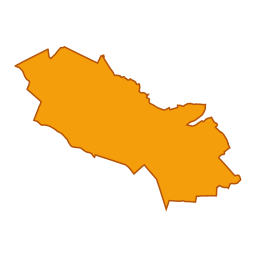 Targusor, Constanta, Romania (orthographic projection)
{"feature_id": "2599482B96571598729661", "entity_name": "Targusor", "entity_type": "district", "adm_level": 2, "iso_a3": "ROU", "parent_name": "Romania", "parent_adm1": "Constanta", "projection": "orthographic", "projection_center": [28.424, 44.465], "detail": "fine", "context": "isolated", "style": "filled", "palette": "amber", "viewbox_px": 256, "rotation_deg": 0, "n_neighbors": 0, "source": "geoboundaries", "source_scale": "gbopen_adm2", "svg_char_len": 5498}
<svg xmlns="http://www.w3.org/2000/svg" viewBox="0 0 256 256"><path d="M205.5,104.5L205.2,104.5L204.1,104.6L203.7,104.7L202.6,104.6L201.6,104.3L201.4,104.4L200.0,104.3L199.4,104.2L197.3,104.2L196.3,104.0L195.0,104.2L194.4,104.3L193.4,104.3L192.1,103.9L191.4,103.8L191.1,103.7L190.8,103.6L190.5,103.4L190.3,103.4L190.0,103.5L189.4,103.6L188.8,103.7L188.2,103.6L187.9,103.7L187.5,103.8L187.2,103.9L185.8,104.7L185.3,104.9L184.7,105.3L184.4,105.4L183.8,106.0L183.3,106.3L182.8,106.3L182.4,106.1L181.9,106.0L181.4,105.7L181.1,105.6L180.0,105.4L179.4,105.3L178.9,105.3L178.3,105.4L178.0,105.4L177.8,105.4L177.6,105.3L177.6,107.5L170.0,109.7L169.2,107.7L167.7,108.5L167.0,108.9L165.0,109.9L164.7,109.9L164.3,109.9L163.5,109.9L162.7,109.7L162.0,109.3L161.4,109.0L160.8,109.0L159.6,108.4L158.8,108.3L158.4,108.1L157.6,107.6L157.1,107.3L156.1,106.9L155.5,106.5L153.1,104.9L151.0,103.9L150.5,103.8L149.7,103.3L149.6,103.1L149.4,102.5L149.1,101.6L149.0,101.2L149.0,100.7L149.1,100.3L149.5,99.5L148.9,98.7L147.1,97.8L146.5,97.5L147.1,96.3L147.8,95.3L148.3,94.4L146.5,94.8L146.5,94.7L146.4,94.4L146.1,94.1L145.7,93.9L145.3,93.5L144.9,93.3L144.6,93.1L144.0,92.8L142.7,92.7L142.5,92.8L142.3,92.8L141.9,92.8L141.0,92.8L140.7,92.7L140.4,92.6L140.3,92.4L140.2,92.2L140.0,91.9L139.9,91.8L139.1,91.3L139.6,88.4L139.7,87.7L139.7,87.4L139.8,87.0L139.7,86.5L139.7,85.8L139.5,85.3L139.5,85.1L139.4,84.8L139.3,84.1L139.2,84.1L138.9,83.9L138.7,83.9L138.4,84.0L138.2,84.4L138.1,84.5L137.9,84.5L137.2,84.4L136.7,84.3L136.6,84.2L136.4,83.9L136.1,83.2L136.0,82.9L135.8,82.9L135.7,82.7L135.6,82.2L134.7,81.4L134.0,81.2L133.8,80.9L133.6,81.0L133.4,80.8L133.3,80.5L133.2,80.4L132.3,80.2L132.0,80.1L131.8,80.0L130.5,79.0L130.2,79.0L129.9,79.0L129.7,79.2L129.5,79.7L129.1,79.9L128.8,80.0L128.2,80.0L127.9,80.0L127.9,79.8L127.6,79.6L127.4,79.5L127.0,79.4L126.9,79.4L126.8,79.2L126.5,79.0L126.4,78.8L126.1,78.5L125.5,78.4L124.9,78.1L124.9,77.9L124.8,77.4L124.4,77.1L123.9,76.8L123.5,76.7L123.1,76.9L122.6,77.3L122.1,77.1L121.1,77.2L120.2,75.9L119.2,75.9L118.7,75.5L118.1,75.6L117.4,75.3L116.7,75.2L115.3,75.4L114.4,75.3L113.3,72.8L111.7,70.4L110.2,68.5L104.7,59.7L103.0,56.9L104.1,56.7L103.6,55.2L101.0,56.0L97.5,63.1L78.0,53.6L64.3,46.8L64.0,47.1L63.4,47.6L61.0,47.7L60.7,47.7L56.4,52.6L56.0,53.4L56.0,53.5L51.0,58.3L50.8,58.5L49.1,56.9L49.0,56.7L48.0,49.2L47.9,49.2L26.9,59.8L26.1,60.3L25.0,60.8L22.9,61.8L22.2,62.2L21.0,62.9L15.5,65.8L15.4,65.8L15.5,66.1L16.0,66.4L19.1,67.5L19.4,67.6L21.3,69.6L22.2,70.4L23.2,72.5L23.6,73.4L24.4,75.4L24.8,76.4L25.7,77.8L26.5,79.2L28.6,80.7L29.2,81.2L29.3,81.3L29.3,81.7L29.3,81.8L29.4,82.5L29.4,83.4L28.9,84.8L28.1,86.8L27.4,88.4L27.3,88.6L27.2,89.5L27.5,89.6L41.1,101.6L40.3,104.1L40.2,104.5L39.4,105.9L33.8,120.3L36.8,121.2L37.2,121.5L38.4,122.4L38.6,122.5L39.5,123.4L40.2,124.1L41.4,125.0L41.5,125.1L44.9,125.0L45.1,125.0L48.8,125.9L51.0,126.9L52.3,127.7L52.7,127.9L53.1,128.1L53.8,128.5L54.8,129.2L55.8,129.9L57.0,131.0L58.8,132.1L60.7,132.9L62.8,134.7L65.3,137.4L65.9,138.2L66.0,138.5L66.9,138.9L67.1,139.0L67.8,140.8L68.8,142.7L70.5,145.4L71.8,146.6L75.5,147.4L79.3,147.7L80.6,147.9L80.7,148.0L80.9,148.1L83.2,149.9L84.8,151.0L85.2,151.3L85.6,151.5L87.6,152.3L90.1,152.8L90.3,152.9L91.9,154.0L92.0,154.1L92.7,155.3L93.0,155.7L94.2,157.1L94.5,157.3L95.4,154.9L116.9,161.9L122.0,163.7L122.3,163.7L125.6,164.8L127.3,166.1L129.1,167.8L134.0,173.9L142.3,166.4L144.0,165.0L144.3,164.9L148.1,169.4L153.8,176.0L156.6,179.2L160.4,190.8L166.2,209.2L166.4,208.5L166.5,208.5L169.2,200.6L169.4,200.6L174.4,200.9L178.5,201.2L179.7,201.3L180.1,201.2L180.4,201.0L181.1,201.1L182.1,200.8L183.1,200.9L183.6,200.9L183.8,200.9L184.1,201.1L184.5,201.4L186.3,201.5L188.1,201.6L189.3,201.6L191.0,201.7L195.1,202.1L195.3,202.1L195.5,201.9L196.5,196.2L198.1,196.3L200.4,195.9L210.1,195.8L210.6,195.7L213.8,195.8L216.4,195.8L216.8,187.4L217.3,187.4L218.2,186.5L218.8,186.1L219.4,185.5L219.9,185.7L220.3,186.0L222.6,187.1L224.2,187.5L227.0,187.4L228.4,188.3L229.9,184.4L230.1,184.4L230.2,184.0L230.2,183.9L230.4,183.7L230.5,183.6L230.8,183.5L231.3,183.5L232.0,183.6L232.6,183.5L233.6,183.7L234.8,183.7L235.4,183.6L236.2,183.4L236.6,183.3L237.0,183.2L237.3,183.1L237.6,182.9L238.1,182.4L239.1,181.3L239.7,180.7L240.0,180.5L240.6,179.8L240.5,179.3L240.3,179.0L240.3,178.5L240.1,177.7L239.8,177.0L239.5,176.4L239.1,175.8L238.7,175.4L238.4,175.3L237.8,175.2L237.6,175.2L237.4,175.3L237.0,175.3L236.3,175.4L234.8,175.7L234.0,174.8L229.7,169.9L223.1,162.5L218.9,158.0L218.8,157.9L219.1,157.0L219.5,156.3L220.0,156.0L220.5,155.7L221.0,155.2L222.1,154.4L223.2,154.5L223.7,154.4L223.9,154.4L224.2,154.1L224.5,153.5L224.2,151.8L224.6,151.7L228.4,148.7L229.8,147.9L228.5,145.0L228.3,144.6L227.9,143.7L228.2,143.5L226.7,139.6L223.8,134.8L221.8,132.5L220.2,131.7L220.2,131.8L215.4,127.2L216.8,125.8L217.4,125.2L216.9,123.6L214.3,122.3L211.5,117.4L211.6,117.5L211.5,117.3L211.2,117.4L209.3,118.0L208.3,118.2L206.4,118.9L205.8,119.4L203.7,121.6L203.4,121.6L203.0,121.5L202.2,120.9L201.9,120.9L200.7,121.6L198.4,123.0L196.2,124.7L195.7,125.0L194.7,125.4L193.5,125.8L192.5,126.2L192.0,126.3L190.5,125.5L190.3,125.5L189.9,125.7L189.7,125.7L189.3,125.6L186.8,124.9L187.0,124.7L188.5,123.5L189.3,122.8L189.6,122.6L190.0,122.4L190.8,121.9L192.5,121.3L194.1,120.7L195.1,120.3L195.3,120.1L195.8,119.7L197.2,118.7L200.2,116.5L201.7,115.3L202.1,114.9L202.5,114.4L203.0,113.8L203.2,113.3L203.7,112.5L204.5,110.7L204.9,109.9L205.0,109.6L205.1,109.3L205.2,108.4L205.4,105.2L205.5,104.5Z" fill="#f59e0b" stroke="#b45309" stroke-width="1.5"/></svg>